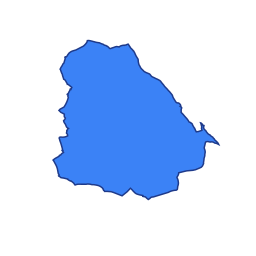 Silivasu De Campie, Bistrita-Nasaud, Romania, rotated 207°
{"feature_id": "2599482B45748047003023", "entity_name": "Silivasu De Campie", "entity_type": "district", "adm_level": 2, "iso_a3": "ROU", "parent_name": "Romania", "parent_adm1": "Bistrita-Nasaud", "projection": "natural_earth1", "projection_center": [24.285, 46.784], "detail": "fine", "context": "isolated", "style": "filled", "palette": "blue", "viewbox_px": 256, "rotation_deg": 207, "n_neighbors": 0, "source": "geoboundaries", "source_scale": "gbopen_adm2", "svg_char_len": 5825}
<svg xmlns="http://www.w3.org/2000/svg" viewBox="0 0 256 256"><g transform="rotate(207 128 128)"><path d="M193.1,190.6L194.3,190.2L195.3,189.9L199.1,189.1L200.8,188.7L201.9,188.4L202.8,188.1L203.4,187.7L203.9,187.4L203.6,186.2L203.6,185.6L203.7,184.8L203.8,184.1L204.0,183.3L204.6,181.4L205.1,180.4L206.0,179.2L209.8,173.9L211.5,172.3L212.7,171.1L213.6,169.9L214.1,168.9L214.5,168.1L214.9,165.9L215.0,164.4L215.3,163.3L216.2,163.0L216.3,162.3L215.5,161.4L215.4,161.1L215.1,159.3L215.0,158.7L214.9,158.3L214.7,157.3L214.6,157.0L214.6,156.8L215.0,155.8L215.0,153.6L215.2,151.7L215.2,151.3L215.2,150.5L215.2,149.6L214.6,149.2L214.2,148.9L213.8,148.4L213.4,148.1L212.7,147.4L211.9,146.7L211.5,146.5L210.9,146.0L210.1,145.0L209.6,144.5L208.6,143.5L207.8,142.7L207.5,142.3L206.8,142.3L206.0,142.2L205.3,141.8L204.5,141.4L203.6,140.7L202.3,139.9L201.9,139.4L201.6,139.6L200.4,139.5L196.5,138.7L196.4,136.4L197.1,136.5L196.9,134.6L197.0,133.1L196.9,131.5L197.0,131.2L197.3,131.0L197.4,130.8L197.4,130.6L197.3,130.3L197.3,130.2L196.4,130.2L196.2,130.1L196.2,129.6L196.1,129.2L195.9,128.9L195.3,128.3L195.0,128.1L194.4,124.1L194.3,120.9L194.5,117.9L194.7,117.4L196.4,114.9L197.0,114.1L197.5,112.3L196.2,111.9L195.0,111.5L194.4,111.5L193.3,111.5L191.0,111.4L190.2,109.6L189.7,109.0L189.1,108.8L188.3,108.4L188.3,107.7L188.2,106.8L188.5,106.0L188.7,105.2L187.8,104.3L187.0,103.7L185.8,103.1L184.6,102.2L183.4,101.1L182.6,100.8L181.6,100.6L180.9,100.6L181.3,99.8L181.3,99.4L181.1,99.0L181.1,98.7L181.3,98.5L181.4,98.3L181.4,98.0L181.3,97.6L181.0,97.2L180.8,97.0L180.8,96.8L180.8,96.4L180.5,95.5L179.7,95.2L178.9,94.7L178.5,94.1L178.2,93.6L179.4,92.1L180.5,91.1L181.9,90.2L183.8,89.4L184.2,89.2L184.3,89.0L184.8,88.6L184.8,88.4L184.8,87.9L184.4,87.3L184.0,87.0L183.7,86.8L183.5,86.4L182.3,85.2L181.0,84.0L179.3,82.2L177.9,80.7L177.1,79.8L176.9,79.4L176.5,78.9L176.4,78.8L176.1,78.6L176.3,78.5L176.5,78.3L176.6,78.1L174.4,77.0L174.6,76.6L174.9,75.9L175.2,75.5L175.5,74.7L175.7,73.9L175.7,73.4L176.4,72.8L176.7,72.4L176.7,72.1L176.6,71.6L176.8,71.2L177.8,69.7L178.9,68.1L179.7,66.6L180.2,65.4L179.0,64.8L175.0,62.0L173.8,61.0L173.2,60.4L172.4,59.6L170.3,56.9L169.8,56.2L169.1,55.5L168.1,55.0L168.0,54.8L167.9,54.3L168.1,53.8L167.9,53.7L167.2,53.8L165.4,53.3L165.0,53.4L164.0,53.7L162.9,54.1L158.7,55.1L158.7,54.9L157.6,54.7L156.0,54.6L154.9,54.7L154.8,54.9L154.4,54.9L153.5,54.7L152.8,54.6L151.3,54.2L150.7,53.9L150.1,53.5L149.3,53.2L147.9,54.6L146.7,55.4L139.9,58.8L138.5,59.8L136.4,60.7L135.0,61.0L134.3,61.2L132.7,62.0L130.2,62.8L128.1,63.3L126.3,63.4L124.9,63.2L124.3,63.1L123.4,62.9L123.0,62.6L122.8,62.6L122.0,61.8L121.5,61.6L121.4,61.4L120.8,61.3L120.0,60.9L117.7,62.1L115.5,63.0L114.1,63.6L111.5,64.0L102.5,64.9L99.8,70.9L98.5,75.4L96.6,74.9L94.9,74.2L92.5,73.4L91.4,73.2L90.0,73.2L87.3,73.7L84.1,74.6L83.8,73.8L81.1,74.5L79.3,73.9L78.1,73.7L77.5,73.5L76.8,74.6L76.5,75.3L76.1,76.5L75.3,77.4L75.0,77.5L74.0,78.2L62.8,89.0L61.8,90.4L60.5,91.8L60.1,92.1L58.7,93.3L56.8,94.5L56.4,95.1L56.2,95.7L56.3,96.1L56.5,96.7L56.9,97.8L57.2,98.6L57.5,100.3L58.1,101.9L59.7,104.2L60.5,105.0L61.4,105.7L61.9,106.1L62.0,106.4L61.9,108.7L62.0,109.8L62.5,111.1L57.3,115.6L56.2,116.5L51.1,119.7L48.9,121.5L46.0,124.9L44.9,126.3L44.4,128.0L44.5,130.6L45.0,131.4L46.1,134.7L46.3,134.9L46.5,135.8L46.8,137.4L47.0,138.2L47.5,139.2L47.9,140.4L48.1,141.1L48.4,141.8L49.1,142.8L49.6,143.4L50.4,144.1L51.0,144.8L51.2,145.2L51.8,147.8L52.1,148.9L52.4,150.0L52.3,151.0L51.3,151.9L50.7,152.2L49.1,152.6L48.3,152.8L48.0,153.2L46.5,153.9L45.5,154.1L44.2,154.0L43.7,154.0L43.4,154.1L42.4,154.4L41.4,154.5L39.7,154.5L40.2,154.9L41.5,155.7L43.7,156.4L44.6,156.6L45.5,156.9L46.3,157.5L46.8,157.6L47.4,157.8L48.0,158.1L48.3,158.3L49.5,158.4L50.7,158.6L51.3,158.8L51.9,159.1L52.2,159.1L52.4,159.0L52.8,159.0L53.3,159.0L54.4,159.3L56.2,160.1L57.4,160.9L58.3,161.1L59.6,161.6L60.2,162.0L60.7,162.5L61.0,163.2L61.4,164.6L61.8,164.4L62.2,164.4L62.6,164.6L63.1,165.0L64.1,165.3L65.1,165.6L65.6,165.5L64.7,164.7L63.9,163.7L63.3,163.1L62.8,162.3L62.5,161.6L62.5,161.2L61.4,159.9L61.1,159.5L62.3,158.2L64.0,156.5L64.8,156.1L65.4,155.6L66.9,156.6L67.5,157.2L68.3,157.6L68.3,157.9L68.8,158.2L69.3,158.3L70.7,159.3L71.6,159.7L71.9,160.0L72.2,160.5L72.5,160.7L73.3,161.0L73.7,161.0L73.9,160.9L74.1,161.0L74.3,161.2L74.7,161.3L75.9,161.1L76.3,161.1L78.1,162.2L79.9,163.1L80.5,163.3L83.1,164.3L84.7,165.0L85.5,165.3L87.6,166.0L87.8,166.1L88.0,166.7L88.5,167.6L88.8,168.2L89.1,168.9L89.2,169.8L89.2,170.1L89.3,170.4L89.9,170.7L91.3,171.0L90.9,171.5L91.8,172.5L92.2,172.7L93.2,173.1L93.7,173.2L94.4,173.2L95.4,172.8L95.7,172.7L96.5,172.7L97.5,173.1L98.8,173.9L101.4,175.5L102.0,176.0L102.6,176.5L102.8,176.8L103.8,177.6L107.4,179.2L109.3,179.8L110.3,180.3L112.9,181.2L114.4,181.7L115.6,182.4L119.4,184.0L119.7,184.3L121.0,184.7L122.3,184.8L124.4,184.8L125.2,184.7L127.5,184.7L129.6,184.6L130.4,184.7L131.2,185.0L132.4,185.6L133.3,185.9L133.7,185.9L137.4,185.6L138.6,185.7L138.9,185.6L139.7,185.8L139.9,185.9L140.4,186.1L140.7,186.2L141.8,186.5L142.9,186.9L143.5,187.1L144.5,187.7L145.4,188.4L146.3,189.0L146.7,189.2L147.3,189.7L147.5,190.0L148.0,190.6L148.6,191.3L148.9,191.7L149.8,193.2L150.3,193.9L152.3,195.1L153.7,196.0L155.5,197.4L155.9,197.8L158.0,199.2L158.3,199.1L158.8,199.5L159.1,199.5L160.2,200.0L161.3,200.3L161.9,200.5L162.3,200.7L162.7,201.0L165.9,202.8L166.3,202.5L166.7,202.1L167.3,201.3L167.4,201.1L168.0,200.7L168.6,200.2L168.9,199.9L169.1,200.0L170.3,199.2L171.2,198.4L172.0,197.6L172.7,196.2L173.1,196.1L173.7,195.9L174.9,195.5L175.3,195.3L176.3,194.4L177.3,193.3L177.7,192.9L179.0,191.6L179.4,191.1L179.8,190.8L180.2,190.6L180.6,190.6L182.0,191.1L183.5,191.5L183.8,191.3L184.2,191.3L185.1,191.5L185.5,191.4L186.0,191.2L186.7,191.1L187.9,191.3L188.3,191.3L190.0,191.0L190.7,191.0L192.3,190.9L193.1,190.6Z" fill="#3b82f6" stroke="#1e3a8a" stroke-width="1.5"/></g></svg>